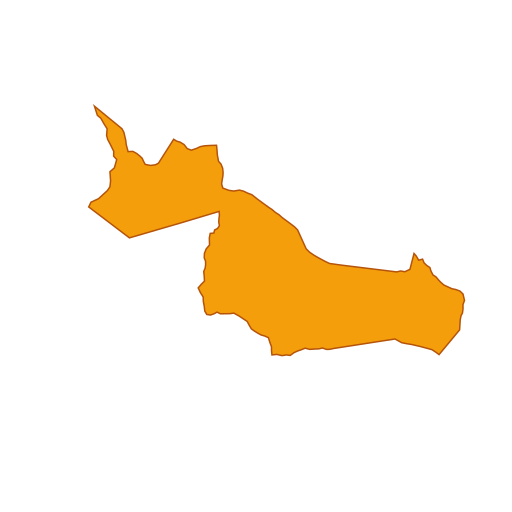 Mamanguape, Paraíba, Brazil (Mercator projection), rotated 299°
{"feature_id": "56859067B20105747744609", "entity_name": "Mamanguape", "entity_type": "district", "adm_level": 2, "iso_a3": "BRA", "parent_name": "Brazil", "parent_adm1": "Paraíba", "projection": "mercator", "projection_center": [-35.151, -6.705], "detail": "fine", "context": "isolated", "style": "filled", "palette": "amber", "viewbox_px": 512, "rotation_deg": 299, "n_neighbors": 0, "source": "geoboundaries", "source_scale": "gbopen_adm2", "svg_char_len": 2329}
<svg xmlns="http://www.w3.org/2000/svg" viewBox="0 0 512 512"><g transform="rotate(299 256 256)"><path d="M272.9,87.4L264.4,89.4L258.9,87.4L251.2,92.4L245.7,94.7L241.2,94.3L229.8,90.5L223.1,85.6L217.8,85.9L210.5,136.5L249.1,174.8L277.1,202.1L274.0,204.2L270.7,205.5L267.4,207.1L264.8,209.3L261.4,209.0L258.7,207.2L255.6,208.0L253.6,205.0L249.2,206.4L243.1,210.0L238.0,209.0L233.3,209.6L229.3,211.6L227.1,214.3L224.1,216.1L220.7,217.4L217.1,217.8L213.5,220.3L209.1,223.1L204.8,221.9L200.1,220.9L197.1,225.0L194.5,229.7L190.8,231.9L186.8,235.2L183.0,237.9L181.0,241.3L182.3,244.8L185.1,247.3L188.0,249.1L188.2,252.9L190.6,257.1L193.1,261.4L195.3,264.3L195.3,270.2L194.5,280.0L192.1,283.7L190.0,287.3L189.6,290.9L189.4,294.6L189.4,298.8L190.2,302.2L190.6,306.4L187.0,310.2L184.2,313.5L180.8,315.4L177.2,317.9L180.0,321.9L181.5,327.1L184.2,330.5L185.6,334.1L189.9,336.1L193.0,338.4L196.0,341.1L199.2,343.7L200.4,348.3L203.2,352.6L205.2,355.9L207.7,358.7L208.5,363.0L210.1,365.7L212.8,368.8L250.8,417.8L250.8,425.4L251.9,429.0L254.1,435.2L256.4,443.2L258.2,450.4L259.4,455.4L259.0,460.3L258.5,463.9L290.1,469.9L299.1,465.6L303.1,464.3L306.3,464.2L310.3,462.6L313.8,460.6L318.2,459.9L323.1,455.5L324.2,451.3L323.5,446.8L322.4,443.4L322.1,439.9L321.7,434.4L322.6,430.2L323.6,427.1L325.0,423.5L325.2,420.0L327.7,416.3L330.2,413.7L330.5,409.9L331.5,406.3L334.0,403.2L331.2,400.3L333.7,396.1L334.8,393.0L319.0,397.1L314.4,393.8L313.0,389.7L310.3,386.8L289.3,334.8L285.1,323.9L284.8,319.0L284.7,311.4L284.8,306.2L285.3,300.9L286.6,296.4L299.0,279.7L300.2,275.5L301.0,270.0L301.7,264.8L302.3,260.2L303.2,256.3L303.5,251.8L304.4,247.6L304.7,243.5L305.6,236.2L306.5,229.3L307.6,222.6L306.9,217.8L306.7,213.7L305.6,209.6L302.0,205.0L300.3,200.5L299.3,194.1L302.3,191.0L306.3,189.5L309.8,188.3L312.8,186.9L316.6,184.3L319.5,180.7L320.6,177.4L325.5,173.3L329.8,170.5L333.7,167.8L330.8,162.9L327.6,157.8L324.7,154.3L321.1,151.7L317.2,148.1L316.6,143.8L318.6,139.0L318.8,134.5L318.0,130.8L318.2,127.4L289.9,125.7L287.0,123.8L284.1,119.9L282.4,114.7L284.3,111.7L286.3,109.1L287.1,106.0L287.8,102.1L287.8,97.6L285.3,93.5L290.6,88.4L293.9,86.1L300.1,80.5L302.3,77.1L308.7,42.1L302.1,49.1L301.3,53.4L297.6,59.5L295.1,64.1L289.0,66.9L286.0,69.8L283.1,74.3L278.6,80.8L274.3,83.1L272.9,87.4Z" fill="#f59e0b" stroke="#b45309" stroke-width="1.5"/></g></svg>